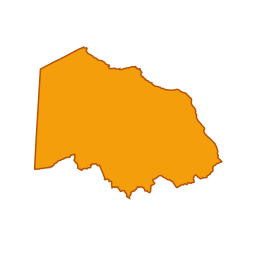 the district of Talara, Piura, Peru, rotated 104°
{"feature_id": "86281439B38323615258078", "entity_name": "Talara", "entity_type": "district", "adm_level": 2, "iso_a3": "PER", "parent_name": "Peru", "parent_adm1": "Piura", "projection": "mercator", "projection_center": [-81.054, -4.452], "detail": "fine", "context": "isolated", "style": "filled", "palette": "amber", "viewbox_px": 256, "rotation_deg": 104, "n_neighbors": 0, "source": "geoboundaries", "source_scale": "gbopen_adm2", "svg_char_len": 5760}
<svg xmlns="http://www.w3.org/2000/svg" viewBox="0 0 256 256"><g transform="rotate(104 128 128)"><path d="M138.0,28.8L136.5,31.0L136.0,32.2L135.1,33.5L134.6,33.9L134.2,34.0L133.3,33.7L133.0,33.7L131.6,34.8L131.0,35.1L129.1,35.2L128.7,35.3L127.7,36.1L125.1,37.4L123.3,39.2L122.1,39.9L118.0,46.8L117.1,48.7L114.9,52.1L113.1,53.5L112.3,53.8L111.9,53.9L110.7,53.4L109.6,53.8L109.2,54.2L107.9,56.3L107.0,57.5L103.9,61.8L102.2,63.4L101.3,64.1L100.5,64.4L99.2,64.5L98.8,64.4L98.3,65.1L97.2,65.9L96.4,66.3L95.2,66.4L93.8,67.1L93.1,67.8L92.8,68.2L92.3,68.5L90.7,70.9L89.9,71.8L89.1,72.3L88.1,72.7L87.3,72.7L86.8,73.0L85.8,73.2L84.8,73.2L84.0,74.1L83.4,75.7L82.5,76.6L81.7,78.6L80.7,79.4L80.6,79.7L80.2,81.0L80.2,83.5L79.7,86.0L78.8,87.7L78.5,89.3L78.7,90.0L80.0,92.5L80.6,94.1L81.2,96.9L81.5,99.5L81.6,101.5L81.5,102.5L81.1,103.1L81.4,105.7L81.3,106.0L80.8,106.5L80.7,107.2L80.8,108.8L80.6,109.8L80.8,111.1L80.7,112.6L79.7,115.1L79.3,115.4L78.5,115.6L78.5,117.6L78.1,118.9L77.5,119.6L77.4,121.5L77.1,122.6L76.7,123.1L76.4,122.8L76.3,123.0L75.9,124.3L75.2,125.1L75.1,126.3L74.7,126.6L74.6,126.3L74.3,127.1L73.8,127.9L72.9,128.6L71.5,128.5L71.2,128.2L70.6,128.0L70.2,129.1L69.9,129.3L69.7,129.3L69.4,129.8L68.9,130.1L68.5,130.8L68.3,130.7L68.0,130.4L67.8,130.5L67.8,131.0L67.8,131.5L68.1,131.7L68.3,132.1L68.3,133.5L67.4,134.1L67.6,134.6L67.4,134.7L67.3,135.0L67.0,135.1L66.9,135.3L66.5,135.5L66.8,135.9L66.9,136.5L67.2,136.7L67.4,137.3L67.3,137.7L67.5,138.1L67.4,138.6L67.9,139.5L68.4,140.0L70.6,144.7L71.7,146.7L72.6,147.9L73.1,149.1L73.2,150.2L73.0,150.3L72.4,150.3L73.2,151.8L73.5,152.9L73.7,153.9L73.6,154.5L73.1,155.0L74.5,158.7L74.5,159.6L74.8,160.4L74.6,160.8L74.1,161.1L73.4,161.7L73.2,161.9L72.8,161.9L72.6,161.7L72.5,161.1L72.4,161.0L71.9,161.2L71.6,161.5L71.7,162.1L71.3,165.0L70.6,166.1L70.1,166.4L69.8,166.8L69.1,169.3L69.1,171.0L69.3,172.4L69.2,173.6L68.4,174.8L68.1,175.8L68.1,177.0L67.7,178.1L67.2,179.1L66.8,179.7L66.0,182.3L65.5,184.6L64.7,185.7L63.6,186.8L63.1,187.1L62.6,187.2L61.2,187.0L60.5,187.1L60.3,187.5L60.3,187.8L60.8,188.9L60.9,189.8L60.8,190.4L60.3,190.5L60.2,190.8L60.7,191.1L63.8,195.2L66.7,198.5L71.9,204.1L77.9,211.0L82.1,216.1L92.1,227.2L157.4,215.1L190.5,208.7L190.2,207.1L189.4,205.2L189.3,204.2L188.6,203.3L187.7,200.4L187.2,199.8L186.7,198.9L186.8,198.3L186.5,198.0L185.9,196.0L185.5,195.5L185.4,194.7L185.2,194.8L184.7,193.9L184.1,193.4L184.2,193.0L184.0,192.7L183.9,192.3L183.3,192.2L182.8,191.8L182.3,191.2L182.0,191.0L181.3,191.1L180.3,190.4L179.8,189.9L179.5,189.4L178.6,188.7L178.0,188.4L177.4,188.4L175.7,185.8L174.5,184.5L173.4,182.7L173.0,182.5L172.0,181.2L171.3,179.9L170.9,178.6L170.6,178.3L170.4,177.3L170.2,177.2L168.4,177.2L168.2,176.8L168.2,176.4L167.8,176.2L167.5,175.8L167.4,174.8L166.8,174.4L166.4,173.4L166.5,173.2L168.7,172.8L169.6,172.2L171.6,172.6L172.7,172.4L173.0,171.5L173.4,171.3L173.6,171.0L174.6,169.8L174.7,168.9L175.0,168.5L176.0,168.1L176.7,167.7L178.0,167.3L178.2,167.1L178.9,167.0L179.1,166.9L179.5,166.1L179.7,165.0L179.5,164.2L180.0,163.2L180.3,163.1L180.3,162.8L179.8,162.4L179.5,162.3L179.4,161.9L178.6,161.8L178.2,161.5L177.8,160.5L177.9,159.4L177.3,158.8L177.4,158.2L177.3,157.9L177.4,157.7L176.7,157.4L176.0,156.7L175.9,156.1L175.8,155.4L175.6,154.8L175.3,154.7L174.0,154.7L173.6,154.8L173.0,155.4L172.8,155.3L172.5,154.7L172.2,154.5L172.2,154.1L171.8,153.8L171.3,153.5L171.1,153.2L171.2,152.2L170.9,151.4L170.5,150.8L170.6,150.5L170.5,150.0L170.9,149.5L171.5,149.1L171.8,148.4L171.8,147.9L171.3,147.3L171.1,146.6L175.7,143.2L178.6,140.8L180.4,140.0L181.1,139.0L181.7,138.7L183.5,138.4L183.8,137.7L183.2,137.1L182.7,136.3L182.7,134.7L182.8,134.3L183.7,133.9L184.5,133.3L184.4,132.7L183.8,132.2L183.8,131.8L183.9,131.5L184.3,131.3L184.5,130.8L185.3,130.3L185.9,130.4L187.3,130.2L187.8,130.0L188.5,129.3L189.3,129.3L189.9,129.1L190.0,129.0L189.9,128.8L189.1,128.3L188.9,127.7L188.3,127.1L188.7,126.6L188.7,126.2L188.0,124.8L188.1,124.3L187.7,123.6L187.9,123.3L189.3,122.6L189.3,122.1L190.0,121.1L190.7,120.7L191.2,120.0L190.9,119.2L190.0,117.7L189.7,116.3L189.8,116.1L190.9,115.5L191.3,115.0L191.4,114.4L192.3,113.8L192.7,113.2L193.6,113.0L194.2,112.8L194.6,112.9L195.2,112.0L195.8,109.5L194.7,110.2L194.1,110.1L193.4,109.8L192.9,109.4L192.2,109.5L191.7,109.2L191.1,109.2L189.8,109.5L189.3,109.2L188.5,108.2L187.8,107.7L187.8,106.9L187.3,106.4L185.8,105.8L185.5,105.2L184.6,104.9L183.4,104.8L182.8,104.5L182.6,104.2L183.0,103.7L183.1,103.4L181.9,101.3L181.7,100.4L182.3,99.6L182.4,99.1L182.2,98.6L182.6,98.0L184.1,96.7L184.6,96.5L184.9,96.3L184.7,95.7L184.8,94.8L184.3,94.1L185.4,92.6L185.3,91.1L184.6,91.1L183.9,90.8L183.3,90.8L182.5,91.0L182.0,91.3L180.5,91.3L180.2,91.5L179.6,91.5L178.5,91.8L178.0,91.5L177.5,90.6L176.7,89.6L175.8,89.0L175.0,88.7L174.6,89.2L174.1,90.4L172.5,91.5L172.3,91.5L171.9,91.2L171.8,90.6L171.1,90.3L170.7,89.4L170.0,88.6L168.2,87.3L167.4,86.8L166.9,86.3L166.3,85.0L166.2,84.2L166.3,83.6L167.3,81.6L167.5,79.5L168.2,78.2L168.5,77.2L168.3,75.5L168.5,75.2L168.5,74.1L169.2,73.0L169.1,72.0L170.4,70.4L171.5,69.4L171.8,68.9L172.6,68.0L173.6,67.1L174.0,66.1L173.4,65.2L172.4,64.7L171.6,63.4L170.5,62.6L169.9,62.0L169.7,61.4L169.8,60.5L168.6,59.6L168.2,58.8L168.6,57.7L168.6,57.0L166.4,56.6L166.3,56.3L166.5,55.4L166.5,53.5L165.8,53.0L164.8,51.0L164.4,50.8L164.1,50.9L163.2,51.2L161.6,52.2L160.0,52.4L159.0,52.1L158.1,52.0L157.2,50.9L157.2,50.4L157.5,49.9L158.4,48.8L158.8,47.9L159.1,47.0L159.6,45.9L159.7,45.3L158.7,43.7L158.0,43.3L158.1,42.4L157.3,40.6L157.1,39.6L156.5,39.4L155.6,39.7L155.2,39.6L154.3,38.4L153.1,37.7L152.9,37.1L152.6,36.9L151.1,37.1L150.3,36.0L149.3,35.3L147.9,35.4L145.9,36.1L144.8,36.0L144.0,35.7L142.9,34.1L141.4,33.6L140.9,33.2L140.7,32.2L139.4,30.8L138.9,30.4L138.6,29.4L138.0,28.8Z" fill="#f59e0b" stroke="#b45309" stroke-width="1.5"/></g></svg>